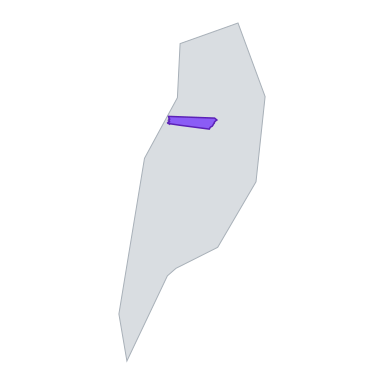 Ngerkesou, Ngchesar, Palau shown in context, rotated 180°
{"feature_id": "81905179B7495119160888", "entity_name": "Ngerkesou", "entity_type": "district", "adm_level": 2, "iso_a3": "PLW", "parent_name": "Palau", "parent_adm1": "Ngchesar", "projection": "orthographic", "projection_center": [134.602, 7.464], "detail": "fine", "context": "in_parent", "style": "filled", "palette": "violet", "viewbox_px": 384, "rotation_deg": 180, "n_neighbors": 0, "source": "geoboundaries", "source_scale": "gbopen_adm2", "svg_char_len": 1383}
<svg xmlns="http://www.w3.org/2000/svg" viewBox="0 0 384 384"><g transform="rotate(180 192 192)"><path d="M203.9,340.4L146.0,361.0L118.9,287.4L128.0,202.2L166.3,136.7L208.0,115.7L216.6,108.2L257.1,23.0L265.1,70.0L239.5,225.7L206.6,286.3L203.9,340.4Z" fill="#d9dde1" stroke="#a8b0b8" stroke-width="1"/><path d="M169.4,265.9L215.5,267.6L215.5,267.4L215.4,267.3L215.4,267.2L215.3,266.9L215.2,266.9L215.2,266.7L215.1,266.4L215.0,266.2L215.0,265.9L215.0,265.7L215.0,265.4L215.0,265.2L214.9,265.0L215.0,265.0L215.0,264.9L214.9,264.9L215.0,264.7L215.0,264.4L214.9,264.4L215.0,264.3L214.9,264.3L215.0,264.2L215.0,263.9L215.0,263.7L215.0,263.3L215.0,263.2L214.9,263.1L214.7,263.0L214.8,263.0L214.8,262.8L214.7,262.8L214.6,262.7L214.8,262.6L214.8,262.4L215.0,262.4L215.1,262.2L215.4,262.1L215.5,262.0L215.6,261.9L215.8,261.8L215.9,261.7L216.0,261.6L216.1,261.4L216.2,261.2L216.3,261.1L216.2,261.0L216.2,260.9L216.1,260.7L215.9,260.7L215.6,260.5L215.5,260.4L215.3,260.3L215.1,260.4L214.9,260.4L214.7,260.4L214.6,260.2L214.4,259.9L214.3,260.0L214.3,260.3L214.2,260.4L214.1,260.2L213.8,260.1L213.7,260.2L204.5,258.8L174.7,254.9L174.2,255.8L173.9,256.5L173.5,256.9L171.8,257.8L171.2,258.6L170.7,259.6L170.5,260.0L170.2,260.3L169.9,260.5L169.9,260.9L169.6,261.2L169.7,261.7L169.3,262.2L168.0,263.4L167.1,264.0L168.9,265.5L169.4,265.9Z" fill="#8b5cf6" stroke="#5b21b6" stroke-width="1.5"/></g></svg>